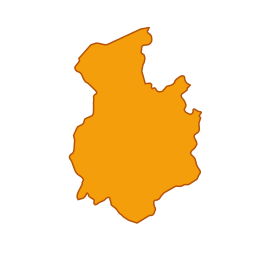 an SVG outline of Telšiai, rotated 337°
{"feature_id": "LTU-936", "entity_name": "Telšiai", "entity_type": "County", "adm_level": 1, "iso_a3": "LTU", "parent_name": "Lithuania", "parent_adm1": "", "projection": "mercator", "projection_center": [22.175, 56.01], "detail": "fine", "context": "isolated", "style": "filled", "palette": "amber", "viewbox_px": 256, "rotation_deg": 337, "n_neighbors": 0, "source": "natural_earth", "source_scale": "10m", "svg_char_len": 3171}
<svg xmlns="http://www.w3.org/2000/svg" viewBox="0 0 256 256"><g transform="rotate(337 128 128)"><path d="M126.2,37.0L131.8,37.4L134.2,38.7L138.8,42.1L141.3,43.1L178.3,41.9L186.3,43.7L186.6,43.9L185.0,45.4L184.0,46.0L183.4,47.1L183.7,48.5L184.6,49.9L185.3,51.6L185.2,53.5L184.6,55.5L183.6,57.4L181.8,58.7L180.1,59.2L178.3,59.1L175.0,58.0L173.5,58.0L172.0,59.0L171.1,61.2L170.0,62.6L169.6,64.0L169.9,64.8L171.2,66.7L171.2,68.6L170.5,71.0L168.5,73.9L166.4,75.7L162.9,80.9L161.2,93.9L165.8,95.4L166.4,96.2L166.8,97.2L165.6,99.4L165.5,101.0L166.1,101.4L167.2,101.3L168.1,101.4L168.7,102.4L168.9,103.9L169.4,105.7L171.0,106.9L172.7,107.5L174.4,107.5L179.8,104.8L184.6,105.5L186.8,105.1L188.5,104.4L189.4,103.2L190.7,102.4L194.5,101.3L197.2,100.9L198.9,101.4L199.8,102.4L199.8,103.6L199.3,105.2L199.1,107.0L199.4,108.9L200.0,110.4L202.0,112.8L199.9,113.9L198.4,114.2L198.2,114.5L197.6,115.7L197.1,116.1L196.6,116.4L190.7,117.7L189.5,119.0L189.3,120.8L190.4,124.4L190.5,127.3L190.4,129.0L190.0,130.1L189.3,131.0L187.5,132.4L186.9,133.2L186.9,134.3L187.3,136.0L189.1,138.3L190.2,139.6L191.9,139.9L193.2,139.5L194.2,138.6L194.7,137.4L195.2,136.5L196.1,136.3L197.1,137.1L198.5,139.4L199.6,140.5L200.9,141.3L201.5,141.9L201.4,142.6L199.8,143.5L198.3,144.6L198.7,147.1L195.0,151.5L193.2,157.0L192.0,158.6L190.1,159.6L188.4,159.8L186.4,160.4L185.5,161.6L185.3,163.4L185.6,167.5L185.1,169.7L183.8,170.9L182.0,172.3L180.5,172.9L178.8,173.4L177.4,174.0L175.8,175.5L175.7,177.0L177.2,180.6L177.6,182.7L177.2,185.6L176.9,187.7L176.7,189.7L176.9,191.5L177.6,195.1L177.4,196.8L176.4,198.0L175.3,198.6L171.4,202.1L161.9,203.7L160.5,203.4L159.0,202.6L157.6,202.2L154.5,202.4L153.0,202.0L149.3,200.2L146.2,200.5L135.9,201.7L131.6,203.7L129.4,205.3L127.9,205.6L126.2,205.6L124.7,205.1L123.7,205.3L123.1,205.7L122.6,206.7L122.2,207.9L121.8,209.5L121.7,210.8L121.8,212.1L121.7,213.1L121.1,214.1L118.0,217.2L116.7,217.7L115.0,217.5L113.4,216.9L99.2,219.0L92.6,213.2L88.9,207.7L88.5,206.3L88.0,205.3L87.1,203.8L86.5,202.4L85.9,199.3L85.6,198.3L85.2,197.1L82.8,192.8L82.6,191.5L83.1,190.3L83.3,189.2L83.4,187.9L83.5,186.7L83.9,185.5L83.5,184.7L82.6,184.0L80.6,184.2L77.7,185.2L71.7,185.4L70.2,185.9L68.7,186.0L67.7,185.7L67.2,184.4L67.5,183.3L68.2,182.3L68.6,181.4L68.5,180.4L67.9,179.5L66.9,178.3L65.5,176.0L65.4,174.7L65.5,173.2L65.2,172.1L64.6,171.9L62.2,174.0L60.6,174.7L59.5,175.1L54.2,174.5L54.0,173.2L54.1,172.0L54.5,171.0L55.2,169.7L56.9,167.7L63.5,162.2L64.1,161.5L64.5,160.3L66.3,158.8L66.8,157.7L66.5,156.0L66.0,154.8L63.8,151.3L63.2,149.9L62.7,148.0L62.6,145.9L63.1,136.9L62.9,135.4L62.6,134.0L62.5,132.8L63.0,131.4L64.5,130.2L67.4,129.5L68.6,128.5L69.9,126.8L74.2,118.2L75.0,113.6L81.0,108.0L82.3,107.2L87.1,106.9L88.4,106.5L89.4,105.7L90.7,104.0L91.8,103.0L93.5,102.7L99.6,102.7L100.9,101.8L101.9,101.0L104.9,94.4L106.3,90.7L107.0,89.7L107.7,88.2L108.5,85.8L109.4,84.8L110.5,84.3L111.8,84.2L112.8,83.6L113.2,82.6L112.6,80.4L109.1,72.1L108.4,70.8L106.9,68.9L106.5,67.1L106.2,64.9L106.2,60.2L105.4,58.3L104.3,56.9L103.3,56.0L102.6,54.7L102.4,53.4L102.7,51.7L103.6,50.7L108.1,48.3L109.7,46.9L110.1,44.6L112.4,43.6L126.2,37.0Z" fill="#f59e0b" stroke="#b45309" stroke-width="1.5"/></g></svg>